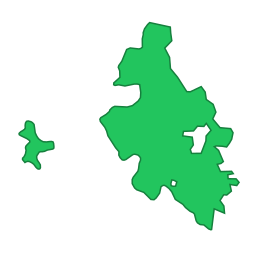 the district of Fergana, Ferghana, Uzbekistan, rotated 88°
{"feature_id": "79887680B63252769213541", "entity_name": "Fergana", "entity_type": "district", "adm_level": 2, "iso_a3": "UZB", "parent_name": "Uzbekistan", "parent_adm1": "Ferghana", "projection": "equal_earth", "projection_center": [71.801, 40.219], "detail": "fine", "context": "isolated", "style": "filled", "palette": "green", "viewbox_px": 256, "rotation_deg": 88, "n_neighbors": 0, "source": "geoboundaries", "source_scale": "gbopen_adm2", "svg_char_len": 2700}
<svg xmlns="http://www.w3.org/2000/svg" viewBox="0 0 256 256"><g transform="rotate(88 128 128)"><path d="M232.4,48.0L211.8,44.7L216.5,34.5L209.3,34.9L203.7,38.6L198.1,34.7L198.4,31.6L194.7,26.9L188.0,28.1L189.3,21.3L186.2,18.9L182.6,21.7L182.2,29.7L178.2,29.9L177.3,24.4L174.9,26.0L174.8,37.1L167.4,40.1L166.7,36.4L164.9,33.9L153.5,38.3L149.7,42.4L149.0,40.5L149.5,34.6L150.4,30.1L146.6,27.1L142.9,24.8L136.4,23.2L132.2,25.4L130.9,36.0L121.9,43.0L115.2,39.6L107.3,42.1L102.2,48.8L94.8,49.6L89.2,53.4L94.0,64.5L93.7,68.0L79.0,76.7L70.1,83.5L58.9,84.0L49.4,88.5L42.3,81.2L34.6,82.0L28.6,82.2L23.4,102.7L25.3,104.8L29.4,108.0L33.3,109.5L35.3,109.5L39.3,110.6L47.8,110.8L48.9,112.4L49.4,114.2L48.1,123.0L49.5,126.6L61.0,131.8L65.2,135.0L67.0,135.6L70.6,134.3L77.1,134.3L82.4,140.6L84.3,140.8L85.0,139.5L84.5,135.8L85.9,129.6L84.3,120.2L84.4,117.1L85.1,114.8L93.0,114.0L98.1,114.5L101.4,116.9L105.8,122.8L107.0,128.1L105.9,140.5L106.6,142.1L106.9,142.9L109.3,145.5L110.8,146.0L113.6,149.3L116.7,154.8L118.2,155.8L120.5,155.4L126.5,151.1L130.2,149.5L135.1,148.3L147.4,141.0L151.3,137.9L154.8,138.1L157.4,136.9L159.7,134.9L160.0,133.1L159.5,131.3L154.7,124.0L154.4,122.2L155.3,119.1L156.8,117.5L158.4,116.5L160.6,116.6L163.7,118.0L169.2,118.9L171.5,119.6L177.4,124.5L179.7,125.6L183.8,125.7L188.1,123.5L190.0,121.5L192.9,114.4L200.2,107.6L200.6,104.5L198.9,102.3L194.2,98.7L187.9,97.1L186.7,95.3L186.5,93.9L187.3,92.2L189.9,89.1L193.3,86.5L201.0,83.2L206.2,75.8L209.5,73.3L213.3,69.0L215.1,65.6L216.3,64.6L223.1,63.1L225.2,61.9L227.0,59.3L227.5,55.6L231.7,50.9L232.6,48.7L232.4,48.0ZM155.9,55.8L155.6,65.4L151.5,66.5L147.2,63.3L139.4,64.1L137.8,73.6L133.3,72.7L133.2,62.6L128.6,58.5L129.1,52.1L126.1,49.6L133.2,45.1L138.7,50.2L143.7,50.6L155.9,55.8ZM187.1,86.9L185.1,87.1L181.4,86.0L181.9,83.9L183.5,81.1L187.8,82.5L187.8,85.2L187.1,86.9ZM152.4,220.0L150.5,218.6L149.0,217.6L148.7,216.6L148.7,214.3L148.4,212.2L147.2,209.3L146.8,206.4L146.4,203.8L145.5,202.8L143.7,202.7L140.8,202.9L139.3,203.4L138.8,204.8L138.8,206.9L139.1,209.9L138.8,213.2L137.6,215.4L135.6,217.8L133.1,219.4L129.6,220.9L124.5,221.4L121.1,221.8L119.3,223.3L118.3,224.8L117.5,227.5L117.8,229.2L119.5,230.3L121.7,230.7L124.5,230.7L125.7,231.5L126.9,233.3L127.9,235.2L129.3,236.8L129.9,237.1L130.9,236.9L131.7,235.8L135.1,229.4L137.1,226.8L137.8,226.6L138.7,226.7L141.0,229.2L142.6,230.7L144.0,231.1L145.3,231.0L146.5,230.6L150.3,231.4L153.1,232.9L154.5,234.4L155.9,234.5L158.9,232.2L158.3,231.2L157.8,229.3L158.2,227.5L159.3,225.5L160.9,223.5L164.1,221.3L165.6,219.8L166.0,218.4L165.6,217.4L164.5,216.9L161.8,216.9L159.9,217.9L157.0,219.7L155.3,220.2L153.5,220.3L152.4,220.0Z" fill="#22c55e" stroke="#15803d" stroke-width="1.5"/></g></svg>